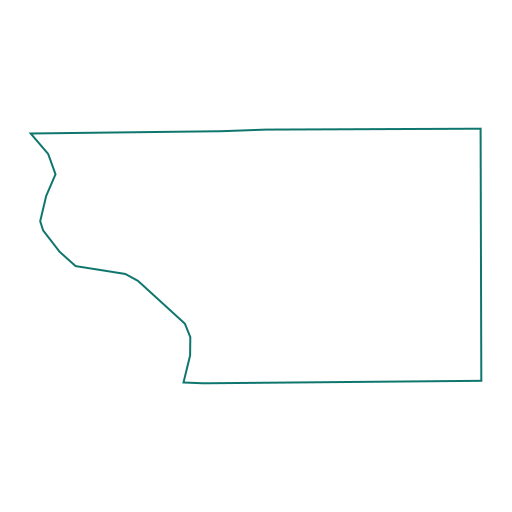 Buffalo, South Dakota, United States of America
{"feature_id": "52423323B50891604010383", "entity_name": "Buffalo", "entity_type": "district", "adm_level": 2, "iso_a3": "USA", "parent_name": "United States of America", "parent_adm1": "South Dakota", "projection": "orthographic", "projection_center": [-99.397, 44.065], "detail": "fine", "context": "isolated", "style": "outline", "palette": "teal", "viewbox_px": 512, "rotation_deg": 0, "n_neighbors": 0, "source": "geoboundaries", "source_scale": "gbopen_adm2", "svg_char_len": 358}
<svg xmlns="http://www.w3.org/2000/svg" viewBox="0 0 512 512"><path d="M30.7,133.5L48.2,154.0L55.5,174.3L46.2,195.9L40.2,221.2L43.1,230.4L59.7,251.9L75.6,266.1L125.4,274.0L138.0,280.9L184.9,323.7L190.3,337.1L190.1,355.5L183.5,382.5L203.5,383.3L481.3,380.8L480.6,128.7L265.7,129.6L221.8,131.2L30.7,133.5Z" fill="none" stroke="#0f766e" stroke-width="2"/></svg>